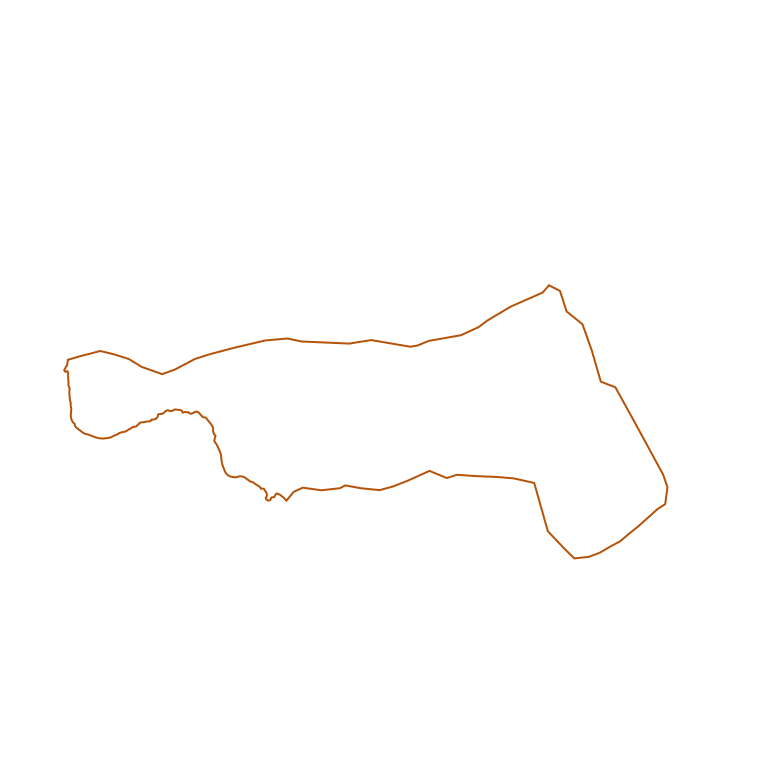 the district of Ouani, Andjouân, Comoros, rotated 290°
{"feature_id": "10938185B16418977449415", "entity_name": "Ouani", "entity_type": "district", "adm_level": 2, "iso_a3": "COM", "parent_name": "Comoros", "parent_adm1": "Andjouân", "projection": "mercator", "projection_center": [44.433, -12.159], "detail": "fine", "context": "isolated", "style": "outline", "palette": "amber", "viewbox_px": 768, "rotation_deg": 290, "n_neighbors": 0, "source": "geoboundaries", "source_scale": "gbopen_adm2", "svg_char_len": 3305}
<svg xmlns="http://www.w3.org/2000/svg" viewBox="0 0 768 768"><g transform="rotate(290 384 384)"><path d="M298.6,78.7L294.4,79.6L292.8,79.7L291.1,79.1L289.6,79.2L288.0,78.7L287.3,79.0L286.5,80.4L287.7,82.0L287.7,82.4L285.9,83.6L283.8,84.3L280.4,85.7L276.5,87.4L274.8,87.9L273.3,89.3L272.1,90.3L269.8,90.7L266.5,92.0L264.7,92.8L262.3,94.1L260.5,95.0L259.0,96.2L257.5,96.5L255.1,97.9L253.1,98.9L249.7,99.7L246.8,100.6L244.6,101.9L243.3,102.9L242.3,103.8L241.4,105.3L240.7,107.0L239.2,107.9L238.0,109.2L237.5,110.6L236.6,113.4L236.0,115.5L235.0,118.7L235.0,120.9L235.3,122.7L235.2,130.8L235.4,133.9L236.1,136.9L237.0,139.5L239.3,143.8L240.1,145.2L241.3,146.3L242.7,147.7L243.9,148.9L245.1,150.2L246.0,151.2L247.2,151.8L248.2,153.1L249.0,154.2L249.9,155.6L250.7,157.0L251.7,158.1L252.8,158.8L254.0,159.6L254.9,160.6L256.8,162.0L257.6,162.8L258.5,164.0L259.1,165.5L260.0,165.9L261.7,166.8L263.2,167.5L263.9,167.7L264.7,168.8L265.5,170.3L266.2,171.7L267.6,173.9L268.4,175.7L269.4,177.3L270.9,177.6L271.6,179.3L272.3,180.5L273.2,181.6L274.1,181.7L274.8,182.3L276.1,182.5L277.5,182.2L278.3,182.2L279.0,183.6L279.9,185.5L280.6,186.2L281.4,186.8L282.6,187.5L283.8,188.0L284.9,189.1L285.5,189.9L285.3,191.6L285.6,192.9L286.2,193.9L287.4,195.3L288.6,196.2L288.9,197.6L289.4,199.7L289.8,200.9L289.8,202.0L289.7,203.2L288.6,204.4L288.3,204.7L288.8,205.4L289.8,206.8L289.9,208.4L290.6,209.5L289.9,211.5L290.0,212.7L290.6,213.7L293.5,216.3L294.1,218.3L294.0,218.9L293.5,220.3L292.0,222.9L290.9,225.0L291.0,225.9L291.4,227.5L291.3,228.5L290.3,229.7L289.1,232.0L288.3,233.3L286.0,236.8L284.7,238.0L283.6,238.7L282.1,239.2L280.6,239.9L279.5,240.9L278.8,241.4L278.3,242.4L277.7,243.4L272.9,243.8L272.1,244.4L271.1,245.7L270.5,246.7L269.2,248.1L267.6,249.8L266.2,251.1L264.9,252.4L263.1,254.0L261.4,255.2L259.4,256.1L257.9,256.8L255.6,258.0L255.3,258.2L253.1,259.6L251.3,261.0L249.1,263.1L247.4,264.4L246.2,265.9L245.5,267.0L244.8,268.9L244.6,270.6L244.6,271.8L245.0,274.5L245.5,276.4L246.1,277.4L246.9,278.4L248.0,280.2L248.7,282.6L248.7,283.9L248.3,285.8L247.8,287.7L246.9,290.8L246.7,292.5L246.9,294.2L246.1,297.0L245.6,298.9L245.2,301.1L244.9,302.5L243.6,304.1L244.0,304.9L244.2,305.9L244.3,307.0L243.7,308.0L242.5,309.5L241.5,310.8L240.4,311.6L239.5,312.0L238.5,312.1L237.3,312.2L236.4,311.9L235.5,312.5L235.1,313.4L234.8,314.9L235.3,315.8L236.0,316.8L236.6,317.0L237.4,316.9L238.3,316.9L238.9,317.1L240.3,319.6L242.9,319.9L244.4,320.6L244.5,322.1L244.4,323.9L243.0,328.3L241.0,332.2L251.9,336.1L258.8,343.2L262.7,361.5L271.0,378.2L275.4,382.2L278.2,398.1L282.8,416.3L290.8,427.5L300.9,439.0L312.5,450.9L317.9,456.5L317.1,475.2L323.6,483.5L329.0,502.2L335.4,522.4L339.7,538.3L342.4,559.0L301.7,588.3L291.0,609.7L285.2,622.5L291.6,635.6L299.5,644.7L310.0,653.4L316.8,659.6L327.0,665.4L337.2,671.6L360.2,683.9L367.3,689.3L383.9,685.7L394.2,677.4L416.0,652.8L436.0,630.1L460.1,602.5L460.3,587.0L486.3,568.0L508.0,550.1L514.7,530.7L531.6,517.6L533.2,505.3L524.2,501.8L500.0,476.5L479.1,459.5L470.0,453.6L456.2,439.7L453.8,435.5L444.7,419.8L439.9,411.4L431.6,402.3L428.0,395.9L420.9,357.0L410.1,337.5L395.8,292.2L393.7,277.6L384.4,257.7L367.8,232.3L352.9,210.8L342.8,197.7L326.1,182.6L317.4,172.2L317.2,150.4L320.2,135.7L319.6,120.6L317.9,105.9L305.2,87.6L298.6,78.7Z" fill="none" stroke="#b45309" stroke-width="2"/></g></svg>